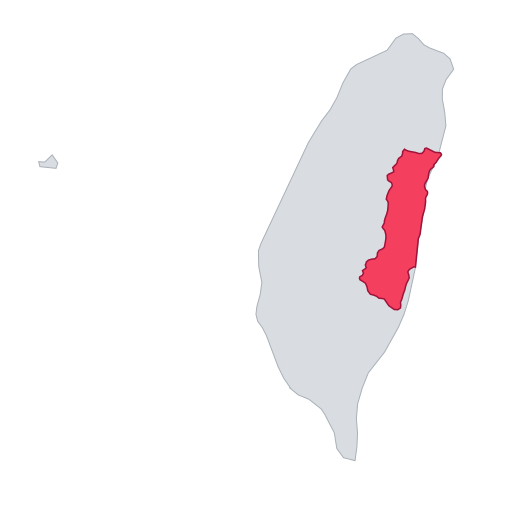 Hualien highlighted on a map of Taiwan, rotated 356°
{"feature_id": "TWN-1172", "entity_name": "Hualien", "entity_type": "County", "adm_level": 1, "iso_a3": "TWN", "parent_name": "Taiwan", "parent_adm1": "", "projection": "mercator", "projection_center": [121.379, 23.74], "detail": "fine", "context": "in_parent", "style": "filled", "palette": "rose", "viewbox_px": 512, "rotation_deg": 356, "n_neighbors": 0, "source": "natural_earth", "source_scale": "10m", "svg_char_len": 2589}
<svg xmlns="http://www.w3.org/2000/svg" viewBox="0 0 512 512"><g transform="rotate(356 256 256)"><path d="M359.9,380.4L352.8,395.1L347.1,410.5L344.8,425.1L344.9,440.2L343.3,453.7L340.5,467.1L329.2,463.3L323.2,453.7L321.8,437.9L313.6,418.9L310.6,413.4L298.9,402.7L288.3,397.4L280.0,389.5L281.1,390.1L275.0,379.5L270.4,368.2L260.8,336.0L257.5,328.2L253.1,321.1L251.9,314.1L253.4,306.3L257.5,294.6L260.0,282.8L258.0,266.7L258.8,250.8L261.9,243.7L316.2,146.4L330.9,125.7L340.0,115.4L347.6,103.9L354.8,89.3L363.6,76.0L369.9,71.9L401.1,59.9L410.8,48.4L418.6,44.9L427.5,45.1L433.2,50.5L438.2,57.0L443.6,60.5L457.4,66.9L463.4,73.0L466.2,83.5L457.8,93.5L453.6,102.5L452.8,112.4L454.3,125.9L454.5,139.4L444.0,170.9L432.7,190.6L429.7,200.3L426.3,224.6L419.7,248.9L414.0,279.6L404.8,311.2L399.6,324.4L393.1,337.1L377.5,360.9L359.9,380.4ZM59.7,140.9L64.8,149.4L62.6,154.6L46.7,151.8L45.8,146.7L51.8,147.6L59.7,140.9Z" fill="#d9dde1" stroke="#a8b0b8" stroke-width="1"/><path d="M447.0,165.8L447.3,166.1L447.7,166.8L448.0,167.4L448.1,167.9L447.5,168.9L445.0,171.4L442.2,175.2L440.2,176.9L439.5,177.7L439.8,178.7L439.5,179.3L436.5,181.5L435.4,182.6L434.2,185.2L433.0,190.6L429.7,195.4L429.0,197.3L429.1,199.4L429.9,201.7L430.6,202.6L431.2,203.1L431.5,203.7L431.6,205.1L431.1,206.7L429.5,209.2L429.1,210.8L429.0,213.6L427.6,220.7L424.8,228.2L421.2,245.8L419.1,250.1L414.3,278.2L412.7,277.8L408.0,280.1L406.3,282.4L407.1,285.5L407.3,288.5L405.7,291.5L404.3,293.8L403.1,296.7L402.0,300.4L400.4,303.8L398.3,309.6L396.9,312.2L397.0,315.2L396.5,317.9L393.7,319.5L390.1,319.0L385.0,314.8L380.9,307.8L378.4,307.1L375.7,306.7L373.5,304.6L370.8,303.3L367.4,302.1L365.1,298.5L364.7,295.3L364.5,294.2L363.3,290.8L360.5,288.6L358.1,287.0L357.6,285.3L358.2,283.9L360.7,282.8L362.0,280.6L361.2,278.0L363.8,276.5L365.2,275.3L364.4,272.6L365.1,271.4L365.7,269.6L368.0,267.9L371.3,267.2L374.5,267.1L376.8,265.0L377.4,261.3L379.2,259.0L382.5,257.8L384.5,256.4L385.2,254.2L386.6,248.6L387.1,245.0L386.7,241.8L386.2,239.4L384.8,237.6L383.9,235.9L386.4,231.8L386.5,230.1L387.6,227.0L389.3,223.3L390.6,219.5L391.3,215.1L391.6,211.8L390.8,209.8L389.9,208.4L390.9,205.0L393.1,200.3L396.7,195.7L396.8,194.1L396.1,192.1L393.8,190.6L392.6,189.2L392.5,184.9L394.1,183.6L397.0,182.6L399.3,181.6L399.2,180.0L398.6,177.2L399.8,176.4L400.4,175.5L401.8,174.7L403.2,173.0L403.8,170.8L405.1,168.6L408.4,166.5L409.4,163.8L409.6,162.0L411.6,159.8L412.7,160.7L415.6,162.1L422.2,163.8L425.8,165.2L428.7,165.2L430.9,163.2L431.9,160.6L433.6,160.2L441.7,165.0L446.6,165.8L447.0,165.8Z" fill="#f43f5e" stroke="#9f1239" stroke-width="1.5"/></g></svg>